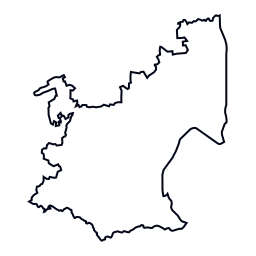 outline of Mpumalanga
{"feature_id": "ZAF-1209", "entity_name": "Mpumalanga", "entity_type": "Province", "adm_level": 1, "iso_a3": "ZAF", "parent_name": "South Africa", "parent_adm1": "", "projection": "natural_earth1", "projection_center": [29.909, -25.737], "detail": "fine", "context": "isolated", "style": "outline", "palette": "ink", "viewbox_px": 256, "rotation_deg": 0, "n_neighbors": 0, "source": "natural_earth", "source_scale": "10m", "svg_char_len": 5711}
<svg xmlns="http://www.w3.org/2000/svg" viewBox="0 0 256 256"><path d="M220.3,28.1L225.1,39.7L226.4,44.6L226.7,49.5L226.3,53.8L226.3,104.9L225.4,108.0L225.2,109.6L225.1,111.7L225.3,113.6L225.8,115.0L226.1,116.3L226.6,120.3L226.6,121.6L226.4,122.5L226.0,122.9L225.5,123.2L224.8,123.9L224.4,124.7L222.1,131.1L221.8,132.8L222.0,134.7L224.1,142.0L221.0,143.7L219.5,144.1L218.0,143.6L196.5,128.4L195.2,127.9L193.6,128.0L191.8,128.5L190.3,129.3L180.3,139.0L179.6,140.3L178.8,143.7L175.9,151.1L172.3,158.0L163.6,169.9L162.4,174.7L162.5,190.2L163.1,194.6L163.4,196.1L164.3,196.0L165.2,195.8L166.1,195.3L166.9,194.6L167.5,193.8L168.7,197.5L169.4,198.7L170.9,200.4L171.4,201.3L171.7,202.6L171.7,204.2L171.1,206.7L171.3,208.2L172.5,210.4L177.9,215.7L180.4,219.8L181.2,220.7L182.0,221.3L186.6,223.0L183.6,227.1L181.7,228.8L179.3,228.8L172.7,230.8L171.3,230.5L170.0,229.5L169.4,228.5L168.6,228.0L166.6,228.5L165.5,229.3L165.0,229.5L164.2,229.1L163.0,228.2L161.0,227.2L160.7,227.1L159.9,226.6L159.4,226.3L157.5,225.7L156.0,225.8L154.4,226.3L153.3,226.9L152.5,227.8L151.4,228.0L147.6,227.4L144.5,227.8L143.7,227.4L143.4,226.8L143.4,225.7L143.2,225.5L142.9,225.3L142.0,225.1L141.6,225.1L141.2,225.2L140.1,226.3L139.8,226.5L138.6,226.4L138.2,226.5L136.7,227.2L135.9,227.4L135.0,228.0L133.3,229.4L130.1,230.9L129.7,231.3L129.3,232.2L128.1,232.3L124.1,231.1L123.3,231.6L122.3,232.4L121.7,232.5L118.9,231.8L118.1,231.4L117.4,231.4L115.2,232.0L114.0,232.3L113.2,232.9L112.7,233.9L112.4,234.9L111.9,236.1L111.4,236.9L111.0,237.4L110.5,237.6L109.1,237.0L107.9,236.6L107.1,236.6L106.1,236.9L105.5,237.2L105.2,237.7L105.1,238.0L105.1,239.3L104.9,239.5L104.7,239.6L103.7,239.6L103.2,239.8L102.7,240.3L102.2,240.6L101.5,240.6L100.9,240.1L97.0,234.9L96.8,234.3L96.8,233.9L97.1,233.3L97.0,233.0L95.7,232.0L94.0,230.0L94.0,229.7L94.0,228.9L93.9,228.6L93.6,228.3L93.1,227.6L92.6,225.5L91.8,224.3L89.6,222.9L88.8,222.8L87.2,223.5L86.5,223.4L86.2,223.2L86.0,222.8L86.0,222.4L86.2,221.6L86.1,221.4L85.4,221.0L84.3,220.8L83.4,219.9L81.8,219.2L80.7,218.3L80.1,217.5L79.6,217.3L77.9,217.0L76.7,217.0L76.0,217.2L75.1,218.0L74.8,218.0L74.4,217.8L73.8,216.9L73.3,215.9L72.6,213.9L71.7,212.8L71.6,212.4L71.7,211.7L71.5,211.0L71.5,210.1L71.3,209.9L70.8,209.9L70.3,209.7L68.0,208.0L67.0,207.9L66.3,207.9L65.8,208.2L65.3,208.8L64.4,209.0L63.9,209.3L62.9,210.7L62.4,211.0L61.9,211.0L61.3,210.3L60.8,210.1L59.7,210.6L59.2,210.7L58.6,210.4L58.0,209.8L57.2,209.6L56.6,209.3L52.5,206.4L50.2,205.4L48.7,206.3L48.5,206.9L49.0,206.8L49.4,207.1L50.3,208.0L50.5,208.6L49.6,208.8L48.5,208.8L47.8,208.9L47.1,209.3L44.7,211.7L44.0,211.9L44.4,210.4L44.8,209.6L44.6,209.1L43.2,208.4L42.9,207.7L42.3,207.1L41.8,206.3L41.5,206.1L41.1,205.9L40.5,205.9L39.8,206.3L39.2,207.0L38.7,207.2L38.3,207.1L37.5,206.2L37.2,205.6L37.0,204.5L36.7,204.2L36.1,204.0L34.9,203.9L33.8,204.0L32.9,203.8L30.1,202.1L29.7,201.6L29.3,201.5L31.8,199.9L31.6,199.0L31.8,197.4L32.8,196.4L33.5,195.3L34.9,194.3L37.3,192.9L36.3,190.1L36.9,186.6L39.6,186.1L40.3,184.9L40.9,184.3L42.2,183.9L42.4,183.6L43.2,181.8L43.6,180.6L43.6,176.8L46.5,178.8L48.9,179.0L49.7,176.9L54.1,177.8L56.1,177.5L57.7,171.8L61.2,170.1L60.2,166.7L58.8,166.0L58.2,164.3L53.6,166.2L51.0,164.7L48.8,163.2L48.4,160.5L43.7,158.7L44.0,156.1L43.5,153.9L41.8,152.8L42.0,149.8L43.8,148.4L46.3,148.4L47.1,144.9L49.1,143.0L53.0,144.3L55.4,144.1L56.7,145.5L61.5,145.0L62.4,143.0L62.1,138.1L63.9,136.7L65.2,136.4L66.0,134.7L65.2,133.4L65.3,132.0L66.1,129.8L66.6,127.3L66.3,125.7L67.1,124.0L70.0,121.0L71.1,116.8L72.5,114.9L72.8,113.6L73.0,113.1L72.4,113.0L71.4,113.6L69.9,113.8L68.3,115.3L68.5,117.3L65.5,119.0L64.1,116.2L62.9,115.5L61.6,116.5L61.4,115.0L60.6,112.9L57.9,115.6L58.7,118.0L59.8,117.8L60.9,121.3L60.7,122.3L59.2,121.4L58.4,122.3L59.4,123.9L59.3,125.3L55.8,126.0L56.1,122.3L54.0,121.1L52.9,124.6L50.9,123.4L48.6,114.7L48.6,111.2L48.4,108.1L49.5,106.1L48.7,102.3L54.3,99.0L55.6,95.8L56.8,95.7L55.1,88.5L52.8,88.8L47.4,91.2L42.7,92.9L41.2,93.9L40.1,94.6L38.3,95.1L36.1,95.4L34.9,95.0L34.3,93.9L34.1,93.2L34.4,92.5L35.1,91.8L37.0,91.0L39.0,89.8L39.6,88.6L40.6,88.0L41.9,87.5L43.3,87.2L45.5,86.4L48.6,84.5L47.5,82.2L47.7,81.3L51.1,79.1L54.0,77.6L55.3,77.2L56.5,77.1L59.4,77.4L63.8,75.1L64.9,77.2L62.8,78.4L63.6,81.4L65.0,81.4L66.6,85.8L69.5,84.8L72.2,85.7L75.0,88.3L72.8,90.6L70.5,90.2L70.5,94.9L70.3,98.3L73.1,99.5L73.5,101.4L77.0,100.5L77.4,102.2L75.9,106.3L78.5,104.9L79.5,107.1L81.4,106.4L82.4,105.0L86.4,105.1L87.0,106.8L89.6,107.3L92.6,106.7L96.2,107.3L101.1,106.5L103.8,104.7L109.0,106.3L110.1,104.4L113.7,104.9L115.1,103.0L118.1,102.2L121.4,102.3L121.3,96.9L121.6,90.7L120.0,87.2L123.0,85.8L125.7,87.9L127.7,89.0L128.9,88.2L129.0,83.4L131.0,82.6L130.5,80.6L130.5,75.6L130.9,72.0L139.7,73.4L140.6,72.1L143.5,71.7L147.2,77.9L148.9,75.6L154.0,72.3L156.0,69.7L156.1,67.0L154.7,65.3L154.9,64.6L157.2,64.3L159.3,62.4L158.3,59.2L156.8,56.9L158.6,55.2L160.1,54.7L159.7,50.3L160.0,47.7L160.3,46.7L161.7,47.2L167.5,51.7L172.4,51.2L172.8,54.6L176.9,53.7L185.8,53.0L187.9,50.0L185.6,45.2L183.0,45.5L182.8,41.7L187.1,40.9L184.5,37.5L181.5,38.0L177.3,38.1L176.9,29.8L179.3,27.5L180.2,25.7L180.1,23.9L178.1,23.7L178.4,22.9L181.0,22.0L182.8,21.7L183.5,20.0L185.0,20.0L186.5,22.0L187.4,24.1L188.8,22.6L189.6,22.4L191.6,22.8L192.3,22.6L193.1,21.7L193.8,21.2L194.2,21.1L195.5,21.4L195.8,21.3L196.5,20.7L197.9,19.2L198.2,19.1L200.9,19.9L202.0,20.6L202.7,20.6L203.9,19.9L204.2,19.8L204.5,19.9L205.1,20.7L205.5,20.9L206.1,20.7L206.8,19.4L207.4,18.9L207.8,18.6L208.5,18.5L209.0,18.9L209.2,19.2L209.3,19.9L209.6,20.3L209.9,20.7L211.0,20.9L212.0,20.9L212.5,20.6L212.7,20.3L213.1,18.2L213.2,17.8L215.6,15.5L215.9,15.4L216.2,15.4L217.1,15.8L217.7,15.9L219.0,15.7L219.7,15.4L220.0,25.4L220.3,28.1Z" fill="none" stroke="#020617" stroke-width="2"/></svg>